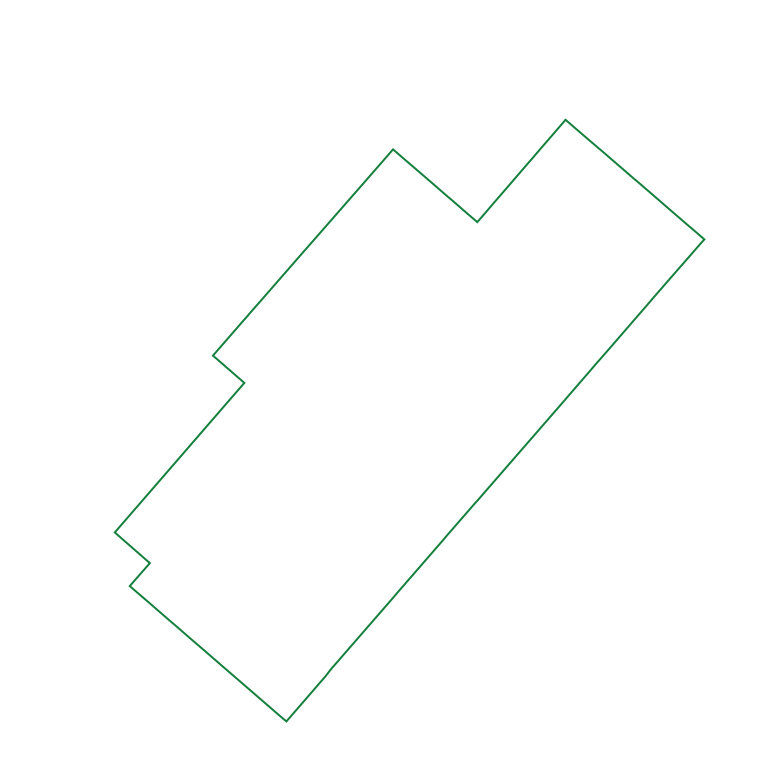 outline of Orroroo Carrieton, South Australia, Australia, rotated 221°
{"feature_id": "25037944B41363903956940", "entity_name": "Orroroo Carrieton", "entity_type": "district", "adm_level": 2, "iso_a3": "AUS", "parent_name": "Australia", "parent_adm1": "South Australia", "projection": "albers", "projection_center": [138.617, -32.532], "detail": "fine", "context": "isolated", "style": "outline", "palette": "green", "viewbox_px": 768, "rotation_deg": 221, "n_neighbors": 0, "source": "geoboundaries", "source_scale": "gbopen_adm2", "svg_char_len": 1801}
<svg xmlns="http://www.w3.org/2000/svg" viewBox="0 0 768 768"><g transform="rotate(221 384 384)"><path d="M236.9,222.2L236.9,228.6L237.0,237.7L237.0,241.4L237.0,241.7L237.0,293.7L237.0,302.5L237.0,304.8L237.1,311.0L237.1,324.4L237.1,354.7L237.0,354.9L237.0,413.8L237.0,432.6L237.0,446.0L237.0,470.6L237.0,470.9L237.0,471.1L237.0,483.8L237.1,514.7L237.1,522.8L237.1,525.5L237.1,527.9L237.2,535.8L237.2,536.3L237.2,536.6L237.2,536.8L237.1,556.5L237.2,596.6L237.2,608.0L237.2,614.6L237.3,625.9L237.3,652.6L237.3,652.8L237.2,681.1L237.2,698.4L237.1,703.3L238.9,703.3L239.0,703.3L250.8,703.3L259.1,703.2L288.7,703.1L290.1,703.1L290.3,703.1L302.6,703.1L302.8,703.1L303.1,703.1L327.4,703.0L327.5,703.0L329.6,702.9L343.2,702.9L372.5,702.8L377.9,702.7L381.8,702.7L382.8,702.7L383.1,702.7L390.2,702.6L407.1,702.5L411.4,702.5L420.4,702.5L420.5,702.4L420.3,701.7L420.2,673.1L420.2,668.2L420.2,663.6L420.1,652.5L420.1,649.7L420.1,641.0L420.0,622.2L419.9,589.8L419.8,578.0L419.8,570.5L419.8,570.4L419.8,567.4L433.1,567.3L442.0,567.3L450.7,567.3L462.7,567.2L473.8,567.2L483.6,567.2L504.6,567.1L505.2,567.1L516.8,567.0L531.1,567.0L531.1,548.8L531.3,478.1L531.4,447.1L531.5,432.9L531.6,370.9L531.6,364.8L531.7,353.9L531.7,347.8L531.6,347.1L531.7,340.1L531.7,316.8L531.7,314.2L531.7,311.8L531.7,293.2L515.0,293.2L506.7,293.2L501.5,293.2L490.1,293.2L490.1,282.5L490.1,277.4L490.1,274.6L490.1,273.9L490.1,272.2L489.9,161.6L489.8,95.4L480.8,95.3L443.2,95.2L443.3,73.1L443.3,64.7L436.0,64.7L421.2,64.8L406.7,64.8L393.0,64.8L382.9,64.9L375.2,64.9L368.2,64.9L361.5,64.9L346.9,65.0L340.1,65.0L333.3,65.0L323.9,65.0L293.3,65.1L244.9,65.2L236.3,65.3L236.3,78.0L236.4,125.1L236.5,126.9L237.0,136.1L236.9,138.5L236.9,140.0L236.9,154.4L236.9,164.2L236.9,185.4L236.9,222.2Z" fill="none" stroke="#15803d" stroke-width="2"/></g></svg>